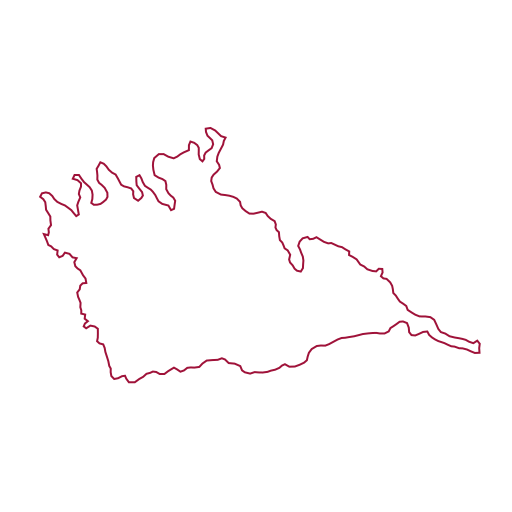 Inimutaba, Minas Gerais, Brazil, rotated 260°
{"feature_id": "56859067B29912856835593", "entity_name": "Inimutaba", "entity_type": "district", "adm_level": 2, "iso_a3": "BRA", "parent_name": "Brazil", "parent_adm1": "Minas Gerais", "projection": "mercator", "projection_center": [-44.274, -18.774], "detail": "fine", "context": "isolated", "style": "outline", "palette": "rose", "viewbox_px": 512, "rotation_deg": 260, "n_neighbors": 0, "source": "geoboundaries", "source_scale": "gbopen_adm2", "svg_char_len": 5040}
<svg xmlns="http://www.w3.org/2000/svg" viewBox="0 0 512 512"><g transform="rotate(260 256 256)"><path d="M377.9,246.6L380.1,242.4L383.3,240.1L386.7,237.6L390.0,233.4L390.1,228.6L386.8,228.3L382.9,229.1L379.9,231.3L377.5,233.0L373.5,233.2L369.9,231.0L368.2,227.5L366.6,224.4L364.0,222.4L360.6,221.9L358.5,219.7L361.2,217.5L366.0,217.2L369.5,217.9L372.5,218.4L375.4,217.4L378.2,214.8L380.1,211.3L376.8,209.2L371.9,208.3L370.6,202.9L369.3,199.1L367.6,195.8L366.5,191.9L369.0,186.9L372.4,182.7L373.2,178.0L370.1,172.8L366.3,171.0L363.0,170.2L358.8,169.9L353.2,170.2L350.1,173.7L348.0,177.2L345.5,179.8L341.6,180.0L337.4,179.2L333.0,180.7L330.3,182.5L327.9,184.7L324.4,186.0L320.5,184.7L316.7,183.5L315.9,180.3L320.9,178.5L323.6,172.7L326.8,169.5L330.1,168.4L333.5,167.4L337.3,165.5L339.7,163.9L342.1,161.2L344.4,158.8L348.5,157.3L352.3,156.6L355.8,155.3L354.7,151.8L350.0,151.1L346.4,150.8L342.7,152.7L338.7,154.9L335.2,155.1L333.0,153.1L330.9,149.5L334.3,145.9L338.1,145.7L341.1,146.4L344.2,144.8L346.0,141.5L347.5,138.1L349.6,135.6L352.7,134.6L356.2,133.5L360.6,131.9L363.1,128.7L366.5,126.0L370.3,124.2L373.3,122.1L375.3,119.0L371.9,116.3L369.5,114.2L366.5,114.1L362.8,113.8L358.8,113.0L355.2,114.2L352.9,116.3L349.4,118.8L344.1,120.6L340.0,120.0L337.6,118.1L335.6,114.7L334.3,111.9L334.1,108.6L334.6,105.2L336.9,103.0L340.5,104.7L344.8,105.7L348.9,105.7L352.7,104.1L356.2,101.4L358.6,99.5L362.2,97.6L366.5,95.7L367.3,91.4L363.9,89.0L361.7,93.4L358.0,96.3L354.7,95.7L351.1,93.5L347.8,92.3L344.2,93.1L340.1,90.4L336.9,88.7L333.0,88.7L327.7,88.7L326.5,85.9L330.1,83.8L333.2,82.1L336.0,79.5L339.0,76.6L341.0,73.4L343.8,69.7L347.2,67.2L350.5,65.8L353.7,63.3L355.1,60.1L354.9,56.1L351.8,53.7L348.9,56.4L345.6,57.8L341.6,57.6L338.0,57.3L334.1,58.9L330.6,60.3L326.8,59.7L322.0,59.5L318.9,56.3L315.3,56.1L312.6,54.9L314.4,50.9L310.3,51.9L306.9,52.7L302.9,53.4L301.1,55.9L297.9,58.1L295.9,61.6L291.9,60.4L288.9,62.0L289.7,65.6L292.5,68.4L290.5,72.7L286.5,75.1L285.0,79.0L281.5,76.0L277.3,76.3L274.7,78.1L272.4,80.5L267.1,82.3L263.4,84.2L258.9,84.2L259.2,80.5L257.3,77.8L253.8,76.6L251.1,73.6L246.7,73.7L243.8,74.4L240.3,75.1L236.1,74.1L232.8,74.5L229.6,73.9L228.0,77.6L224.0,76.4L221.0,79.1L219.2,75.8L216.6,74.1L214.3,76.2L216.2,80.8L214.6,84.9L211.8,87.6L207.0,86.8L203.0,86.0L199.7,84.7L197.1,86.7L195.5,90.2L191.7,91.0L187.7,91.0L182.7,91.7L178.0,92.3L173.2,92.4L170.4,93.4L166.8,92.7L162.9,92.7L159.5,95.0L159.6,99.0L160.9,103.2L160.8,106.2L157.8,106.9L153.7,108.9L152.7,114.7L155.2,119.8L156.6,123.9L159.0,127.7L159.3,131.4L160.1,134.4L159.1,137.6L156.5,140.7L155.7,145.3L157.8,149.4L159.0,152.4L160.3,155.8L158.1,158.5L155.2,161.5L155.8,165.2L157.8,168.9L157.6,172.3L156.8,175.9L156.6,180.9L159.4,184.6L161.6,189.3L161.1,194.7L160.4,200.3L161.2,204.6L159.5,207.5L155.3,210.5L153.7,216.3L150.3,221.4L145.8,222.4L143.4,224.8L141.2,229.8L141.9,234.5L140.9,238.3L140.1,242.3L139.9,247.3L140.5,250.7L140.7,255.1L141.8,259.6L143.6,262.6L144.4,265.7L141.2,269.6L140.4,275.1L141.3,280.1L142.6,284.8L144.5,288.0L147.9,289.4L151.5,291.3L154.7,294.7L156.8,300.2L156.6,304.2L155.7,308.6L156.5,312.6L158.0,317.1L159.6,321.9L160.4,326.1L160.0,329.6L160.0,333.1L159.9,338.7L160.3,344.1L160.6,347.6L160.3,353.0L159.9,357.7L159.3,361.4L158.2,364.5L157.4,369.2L158.7,373.6L161.7,375.9L163.0,379.1L164.5,382.4L166.3,386.0L166.0,389.4L163.7,393.1L158.9,394.0L154.4,393.6L151.1,395.4L150.1,399.0L150.9,402.6L152.2,407.4L151.9,411.6L148.2,412.8L145.2,415.2L142.7,417.9L140.6,420.7L139.1,423.5L137.5,426.4L135.2,429.6L133.2,432.6L132.3,435.8L129.9,440.0L129.2,443.3L127.3,447.5L124.9,450.9L122.5,454.7L121.9,459.3L126.5,459.8L130.7,461.1L134.2,459.2L132.4,454.9L134.6,450.9L137.0,448.0L138.5,444.9L139.8,441.6L141.2,437.6L143.4,432.6L146.7,429.0L149.0,424.8L152.5,422.9L157.4,421.7L162.2,420.4L165.5,417.1L167.0,412.4L168.1,406.6L170.5,402.7L173.2,399.6L176.6,396.0L180.7,395.3L183.6,392.5L186.1,389.8L189.2,388.3L192.8,386.8L195.7,384.8L199.7,385.0L203.0,384.9L206.7,383.6L210.8,380.6L211.8,377.6L214.4,375.5L217.8,377.8L221.3,378.1L222.1,374.7L220.0,371.7L221.0,368.1L223.6,363.3L226.9,360.7L229.5,357.2L235.2,354.5L238.4,351.0L240.8,347.8L244.3,348.6L247.2,345.0L249.8,342.2L251.3,338.7L253.4,335.7L255.7,332.4L255.9,329.3L258.1,325.4L261.4,321.7L264.0,318.8L263.0,315.3L263.2,311.8L265.8,310.1L265.3,305.0L262.6,301.5L258.6,299.3L254.7,300.5L251.6,301.0L247.3,302.0L243.3,301.9L239.8,301.0L235.9,300.1L232.9,297.4L234.4,293.8L236.8,291.8L240.4,290.5L243.7,288.4L246.8,288.0L251.3,289.9L256.0,288.2L258.6,285.5L261.4,285.0L264.7,284.2L267.5,282.3L271.4,282.3L275.5,282.7L277.9,280.8L280.7,280.1L283.6,281.0L287.1,280.4L290.1,276.9L293.3,274.5L296.7,273.0L298.6,269.6L298.3,265.2L298.1,261.0L298.9,256.9L302.0,253.6L305.4,250.8L308.5,249.7L312.1,249.7L315.9,247.1L318.2,243.9L320.0,240.2L321.3,236.5L322.6,232.1L326.1,227.5L330.0,225.9L333.8,225.6L337.6,224.9L341.0,226.0L343.5,228.4L345.9,232.3L348.9,235.7L352.2,235.5L356.1,233.8L360.6,235.2L364.0,237.2L367.9,240.2L371.4,242.9L374.9,244.3L377.9,246.6Z" fill="none" stroke="#9f1239" stroke-width="2"/></g></svg>